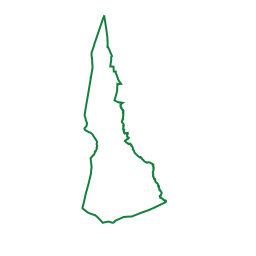 the district of Xonacatlán, México, Mexico, rotated 110°
{"feature_id": "50627088B38909261523609", "entity_name": "Xonacatlán", "entity_type": "district", "adm_level": 2, "iso_a3": "MEX", "parent_name": "Mexico", "parent_adm1": "México", "projection": "albers", "projection_center": [-99.477, 19.442], "detail": "fine", "context": "isolated", "style": "outline", "palette": "green", "viewbox_px": 256, "rotation_deg": 110, "n_neighbors": 0, "source": "geoboundaries", "source_scale": "gbopen_adm2", "svg_char_len": 5638}
<svg xmlns="http://www.w3.org/2000/svg" viewBox="0 0 256 256"><g transform="rotate(110 128 128)"><path d="M184.4,67.1L183.8,67.4L183.4,67.4L183.3,67.6L183.5,68.0L183.3,68.1L183.5,68.5L183.7,68.9L183.2,69.9L183.3,70.4L182.9,70.8L182.9,71.0L182.4,72.4L182.5,73.9L181.9,74.1L181.4,74.7L181.1,74.3L180.7,74.6L180.5,74.3L180.0,74.3L179.9,74.2L179.6,74.2L179.4,74.0L178.6,74.2L177.5,74.1L176.8,74.7L176.6,75.1L176.3,75.9L175.5,76.2L175.4,76.9L175.3,77.5L173.8,78.0L173.3,78.9L172.8,78.8L172.6,79.3L172.1,79.2L171.9,79.8L171.6,79.7L171.4,80.1L170.7,80.6L169.8,81.6L169.9,82.1L169.5,83.0L169.2,83.7L168.6,83.9L168.2,84.6L167.4,84.8L167.0,84.8L166.8,85.0L166.8,85.4L167.1,85.8L166.9,86.1L166.5,86.1L166.4,86.4L166.1,86.7L165.2,87.5L164.8,87.5L164.6,88.1L163.9,88.1L163.5,88.4L163.2,88.4L162.7,88.7L162.4,88.6L162.1,88.7L161.3,89.6L160.5,89.6L160.1,89.4L159.7,89.5L159.0,89.8L158.4,89.9L158.1,89.8L157.3,90.3L156.8,90.1L156.5,90.2L156.5,90.6L155.8,90.9L154.9,91.8L154.0,91.4L153.7,91.6L153.9,92.1L153.5,92.6L153.4,93.2L153.3,93.6L153.4,94.1L152.9,95.5L153.1,96.2L153.2,96.7L153.2,97.2L154.1,98.1L153.9,98.3L154.0,98.9L154.0,99.1L154.0,99.7L153.9,100.6L153.7,101.3L153.5,101.8L152.9,102.5L152.8,103.0L152.4,103.9L152.4,104.0L152.0,104.3L151.8,104.8L151.6,104.9L151.6,105.2L151.4,105.7L151.5,106.0L151.0,106.3L151.3,106.6L151.6,106.9L151.4,107.7L150.5,110.1L149.8,111.5L149.1,113.0L148.2,114.1L147.4,114.5L146.7,115.5L146.6,116.1L146.2,116.1L145.1,116.6L144.0,117.6L143.8,118.2L143.1,118.7L143.2,119.1L142.7,119.2L142.1,120.3L142.4,120.5L142.3,121.4L142.5,121.5L142.9,121.8L142.9,122.2L142.4,123.0L142.4,123.8L142.0,125.0L141.5,125.8L141.3,126.4L141.0,126.3L140.7,126.4L139.6,125.3L138.7,125.0L138.0,124.9L138.1,124.3L137.7,123.9L136.9,124.0L136.8,124.9L136.4,125.3L136.4,125.8L135.6,126.2L135.1,126.2L134.7,126.6L134.0,126.5L133.7,126.2L132.7,126.6L133.3,127.6L133.5,128.8L134.0,128.6L134.4,129.1L134.1,129.5L133.6,129.6L133.5,130.2L132.8,130.7L132.5,130.7L132.3,131.0L132.0,131.0L131.7,131.2L131.5,130.9L131.0,131.0L131.2,131.5L130.9,131.6L130.8,132.2L130.2,132.3L129.9,132.5L129.5,132.6L129.2,132.4L128.6,132.7L128.0,132.8L127.8,132.9L127.9,133.1L127.7,133.3L127.4,133.2L127.1,132.8L126.2,133.1L126.0,133.4L125.3,134.4L124.9,135.3L124.3,135.9L123.9,135.7L123.0,136.1L122.6,135.9L122.2,135.8L121.8,136.1L121.5,136.2L121.1,135.7L119.0,136.6L117.5,136.7L116.9,137.1L116.5,137.2L116.2,137.6L115.6,137.9L115.3,137.5L114.9,137.7L115.0,137.9L114.7,138.3L113.7,138.4L113.4,138.2L113.3,138.3L113.1,138.6L112.9,138.7L113.0,139.0L113.0,139.4L112.8,139.5L112.7,139.6L112.3,140.1L112.1,140.5L112.0,140.8L111.8,140.7L111.4,140.8L111.1,141.0L110.9,141.3L110.8,141.5L110.8,141.8L110.6,142.2L110.3,142.3L110.1,142.5L109.4,142.5L109.2,142.6L109.2,142.9L109.0,143.0L108.5,142.7L108.3,142.5L108.1,142.5L107.9,142.5L107.7,142.6L106.2,141.6L106.4,142.4L106.4,143.0L106.6,144.3L106.6,144.5L107.1,144.8L107.1,146.4L106.7,150.1L103.9,150.3L102.5,150.4L101.1,150.5L98.4,150.7L96.0,151.1L95.3,151.4L92.3,152.4L90.1,153.1L90.1,152.3L90.1,151.8L89.8,151.2L89.5,151.0L89.2,150.2L88.9,149.6L86.8,152.8L85.4,154.1L83.8,155.4L82.4,156.4L80.6,158.3L79.2,158.8L79.8,160.7L77.6,161.6L75.3,162.6L75.8,164.4L75.9,164.6L76.2,165.7L73.5,166.3L72.1,166.6L69.8,167.0L68.5,167.5L66.7,168.1L66.0,167.6L65.9,167.6L65.5,168.0L63.7,169.7L61.0,172.2L58.8,174.4L59.0,174.9L56.3,175.8L54.6,176.4L52.3,177.4L49.8,178.4L47.9,179.4L46.7,180.1L44.3,181.3L43.1,181.9L40.9,183.1L38.8,184.3L35.6,186.0L32.4,187.8L30.3,188.9L61.4,188.3L61.9,188.1L63.5,188.1L65.3,188.0L67.1,188.0L68.8,188.0L70.3,187.9L73.7,186.4L74.2,185.9L74.3,185.9L75.2,185.5L75.8,185.2L77.0,184.7L77.8,184.4L78.4,184.1L79.4,183.7L80.6,183.2L81.3,182.8L82.4,182.4L83.0,182.1L84.0,181.8L84.9,181.7L86.0,181.5L86.5,181.4L87.4,181.2L87.8,181.1L88.0,181.1L90.7,180.6L92.0,180.4L93.3,180.3L93.2,180.1L94.3,179.9L99.3,179.0L110.2,177.0L121.4,175.0L121.8,174.9L124.2,174.5L129.5,173.4L130.1,173.4L130.5,173.2L131.0,173.1L131.4,172.9L131.8,172.6L132.7,171.7L133.2,171.3L133.8,171.0L134.2,170.9L135.0,170.3L135.8,169.6L136.2,169.3L136.6,169.0L136.9,168.6L137.1,168.4L137.8,168.0L138.0,167.9L138.2,168.0L138.6,168.1L139.1,167.9L139.5,167.7L139.9,167.7L140.2,167.7L140.7,167.9L141.6,168.1L142.0,168.3L142.4,168.5L142.8,168.6L143.2,168.7L143.6,168.6L144.0,168.4L144.4,168.0L144.6,167.6L144.7,166.8L144.8,166.0L145.1,164.4L145.4,163.5L145.3,162.7L145.2,162.0L145.3,161.3L145.5,160.5L145.8,159.9L146.4,158.9L147.0,158.0L147.7,157.3L148.2,156.6L148.9,155.6L149.7,154.5L150.3,153.8L150.8,153.2L151.3,152.6L151.7,152.4L152.0,152.2L152.7,152.1L153.8,152.0L154.1,151.8L154.4,151.6L154.6,151.4L154.8,151.2L155.0,151.0L155.2,150.9L155.6,150.9L155.8,150.9L156.3,150.7L156.6,150.6L156.8,150.6L157.1,150.8L157.3,150.6L157.6,150.3L158.4,150.2L159.3,150.4L159.6,150.4L159.9,150.3L161.1,150.4L161.3,151.1L161.8,151.1L162.3,150.9L162.9,150.7L164.1,150.8L165.1,151.0L165.5,151.4L166.8,151.9L168.3,152.5L169.0,152.8L170.2,152.3L172.6,151.2L175.0,149.9L177.5,148.7L178.2,148.6L180.5,148.1L183.7,147.2L186.3,146.9L188.8,146.6L191.3,146.3L193.9,146.0L196.4,145.8L198.9,145.6L202.7,145.3L205.2,145.1L207.8,144.7L211.7,144.2L215.1,143.8L218.8,143.5L219.1,143.1L220.4,139.3L221.2,136.7L221.4,132.9L221.3,131.7L221.3,130.9L221.2,129.0L222.2,126.1L224.2,122.1L225.7,119.3L224.8,118.0L222.8,114.7L222.4,113.0L222.4,110.7L222.2,109.7L221.4,108.9L220.9,108.7L220.6,108.7L219.4,108.1L217.6,106.3L215.9,104.5L213.3,101.9L211.5,98.2L209.9,94.2L208.2,92.3L206.7,90.6L204.1,87.7L201.6,84.8L200.1,82.9L198.5,80.9L196.7,79.0L195.5,77.8L195.1,77.4L193.7,75.9L191.9,74.2L190.2,72.5L189.0,71.3L187.4,69.8L186.0,68.4L184.4,67.1Z" fill="none" stroke="#15803d" stroke-width="2"/></g></svg>